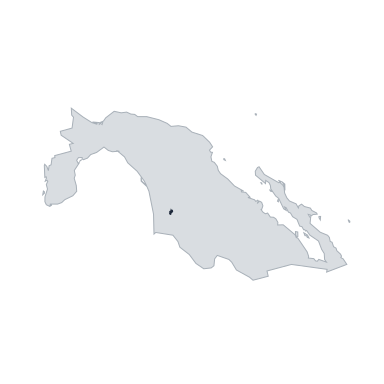 Mainero, Tamaulipas, Mexico shown in context, rotated 165°
{"feature_id": "50627088B20885387864604", "entity_name": "Mainero", "entity_type": "district", "adm_level": 2, "iso_a3": "MEX", "parent_name": "Mexico", "parent_adm1": "Tamaulipas", "projection": "equal_earth", "projection_center": [-99.511, 24.6], "detail": "fine", "context": "in_parent", "style": "filled", "palette": "slate", "viewbox_px": 384, "rotation_deg": 165, "n_neighbors": 0, "source": "geoboundaries", "source_scale": "gbopen_adm2", "svg_char_len": 4306}
<svg xmlns="http://www.w3.org/2000/svg" viewBox="0 0 384 384"><g transform="rotate(165 192 192)"><path d="M61.2,82.0L82.7,79.8L81.5,82.3L114.7,96.3L140.0,96.3L140.2,90.9L155.9,91.0L158.5,94.8L169.3,105.2L171.8,113.9L173.8,117.3L184.0,124.2L187.4,121.6L189.9,115.1L193.1,113.7L200.5,114.8L206.7,122.0L210.8,132.3L218.0,141.8L218.4,147.8L221.6,155.2L237.5,162.3L239.6,161.2L234.9,180.5L233.4,203.8L234.1,208.8L238.3,215.6L237.5,219.2L237.7,215.5L234.2,209.8L235.3,215.1L239.6,226.2L246.5,236.8L248.1,243.4L252.9,250.2L251.6,250.0L254.3,251.6L253.5,250.6L258.5,251.5L262.1,253.8L265.4,258.2L273.9,254.9L280.1,254.4L284.2,251.8L288.6,251.3L289.5,252.3L289.2,253.7L292.8,254.6L295.2,252.5L294.5,249.0L293.3,249.8L293.6,249.1L300.1,243.3L300.4,238.5L302.2,235.8L302.1,228.2L303.2,222.5L308.1,219.2L316.9,217.5L320.6,215.5L324.9,215.1L332.0,217.0L332.5,215.8L330.7,215.7L333.1,214.9L336.0,217.4L336.6,220.7L335.3,225.3L330.8,232.3L330.8,236.9L328.5,239.7L329.0,240.8L331.0,240.4L328.9,243.3L329.0,244.5L330.4,244.1L327.8,255.8L327.1,256.9L325.6,254.2L325.2,249.8L323.2,254.4L321.1,254.7L318.5,260.8L315.5,260.7L315.2,262.7L298.1,262.7L298.1,269.8L294.2,269.7L303.7,280.7L303.5,284.7L291.3,284.8L287.1,294.9L288.3,297.4L286.9,304.2L277.9,292.7L270.8,285.0L266.4,282.1L265.9,282.8L270.0,285.4L263.7,283.1L264.1,281.3L262.5,282.0L261.4,280.4L260.3,282.1L262.4,283.0L259.2,283.4L256.1,286.0L246.3,290.1L239.9,286.8L234.5,286.1L230.9,283.1L227.3,281.8L225.0,278.9L216.2,276.5L205.3,270.4L198.2,264.7L195.3,260.8L187.9,259.5L181.0,256.2L176.6,249.9L167.1,243.8L162.1,235.5L160.4,230.3L164.3,227.9L163.7,225.7L162.0,225.0L164.6,221.1L164.9,216.5L162.8,214.9L160.9,210.3L161.0,206.1L159.7,202.3L154.1,195.3L149.4,186.8L141.9,179.5L144.0,180.9L144.2,179.3L140.2,177.7L137.3,172.0L139.4,172.2L133.6,168.3L132.8,166.4L130.6,167.1L130.2,166.2L132.0,164.0L129.1,165.7L127.4,164.0L127.1,160.3L129.3,157.0L130.0,157.6L128.7,154.2L126.8,152.0L124.4,152.1L122.8,147.5L119.8,146.5L118.0,144.5L116.9,140.5L117.8,138.0L112.4,136.7L103.5,124.0L103.1,121.0L101.7,120.0L96.3,104.4L96.0,99.6L96.7,98.1L91.6,96.1L90.5,93.5L88.9,92.7L87.0,94.1L80.3,89.5L81.4,92.5L80.2,98.3L81.6,103.0L82.5,111.9L89.3,119.8L91.3,125.1L92.4,124.9L92.9,126.5L93.9,126.6L94.8,130.1L96.8,131.2L97.7,138.4L101.2,142.1L102.3,146.2L104.0,147.5L105.1,152.4L106.5,153.6L105.8,149.9L107.8,152.0L109.9,163.3L112.2,166.5L115.1,174.6L114.6,178.0L115.2,181.1L117.8,184.1L118.8,181.1L126.3,191.8L125.5,195.7L122.4,198.7L120.7,199.0L117.6,190.2L105.8,178.5L104.7,178.6L102.4,175.0L101.9,172.5L102.8,167.0L101.9,161.8L100.2,158.1L94.5,153.6L93.4,149.1L92.3,151.0L89.3,151.9L87.2,148.9L81.8,145.8L81.1,143.2L77.1,139.5L76.8,138.2L81.0,138.9L83.5,137.9L83.4,139.0L85.5,140.3L84.8,137.3L83.8,137.1L86.1,131.1L78.6,120.0L72.2,115.1L71.1,112.6L71.3,108.5L69.7,107.2L69.4,102.5L67.4,100.5L67.3,97.8L64.6,93.5L64.2,91.4L65.2,90.1L63.3,88.3L61.2,82.0ZM103.1,124.1L102.3,127.0L100.2,126.0L101.2,121.7L102.5,121.3L103.1,124.1ZM94.5,123.6L91.6,120.5L90.9,117.3L92.4,118.3L92.7,120.1L94.2,120.6L94.5,123.6ZM335.3,231.4L334.5,230.4L334.9,229.0L336.9,227.9L335.3,231.4ZM102.4,178.6L100.3,175.6L101.8,169.5L101.2,174.9L102.4,178.6ZM75.7,135.5L74.1,135.1L75.3,131.8L76.0,134.2L75.7,135.5ZM48.4,124.9L47.1,122.9L47.5,121.9L48.0,122.0L48.4,124.9ZM104.2,178.7L105.5,181.0L102.8,178.7L104.2,178.7ZM152.9,215.0L152.6,216.0L151.9,215.6L151.6,213.9L152.9,215.0ZM116.0,172.5L116.5,174.3L115.1,172.0L116.0,172.5ZM111.0,160.2L111.8,161.0L110.6,162.7L111.0,160.2ZM110.9,251.0L110.3,251.2L109.5,250.5L110.3,249.5L110.9,251.0ZM291.6,251.4L290.1,251.8L292.7,250.7L291.6,251.4ZM123.1,183.1L122.3,182.8L122.3,181.1L123.1,183.1Z" fill="#d9dde1" stroke="#a8b0b8" stroke-width="1"/><path d="M215.9,178.5L215.9,179.1L216.0,179.3L216.7,179.1L216.8,179.2L216.9,179.6L217.0,179.4L217.0,179.2L217.2,178.9L217.3,178.9L217.3,178.7L217.5,178.6L217.8,178.5L218.0,178.5L218.2,178.8L218.3,178.8L218.4,178.7L218.4,178.4L218.4,178.2L218.4,177.7L218.5,177.7L218.6,177.4L218.8,176.5L218.9,176.2L218.9,176.3L218.8,176.2L218.7,176.2L218.7,176.3L218.4,176.3L218.3,176.5L218.2,176.5L218.1,176.8L218.0,177.0L218.0,177.3L217.9,177.4L217.9,177.5L217.7,177.5L217.6,177.8L217.5,177.7L217.4,177.7L217.2,177.6L216.9,177.7L216.5,177.9L216.1,178.2L216.0,178.4L215.9,178.5Z" fill="#64748b" stroke="#1e293b" stroke-width="1.5"/></g></svg>